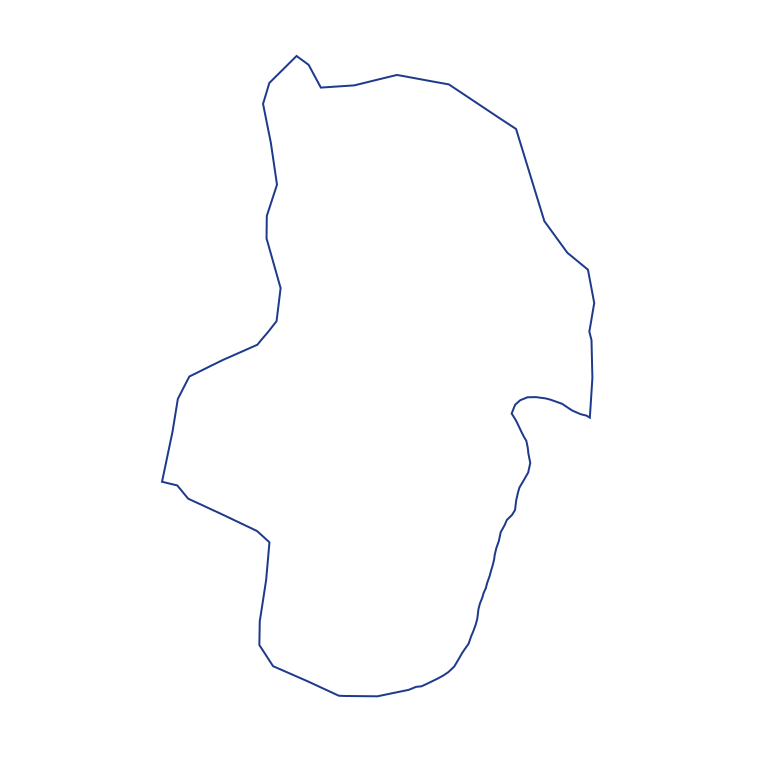 the district of Umu-Nneochi, Abia, Nigeria, rotated 277°
{"feature_id": "59680162B46179290363212", "entity_name": "Umu-Nneochi", "entity_type": "district", "adm_level": 2, "iso_a3": "NGA", "parent_name": "Nigeria", "parent_adm1": "Abia", "projection": "natural_earth1", "projection_center": [7.375, 5.963], "detail": "fine", "context": "isolated", "style": "outline", "palette": "blue", "viewbox_px": 768, "rotation_deg": 277, "n_neighbors": 0, "source": "geoboundaries", "source_scale": "gbopen_adm2", "svg_char_len": 1785}
<svg xmlns="http://www.w3.org/2000/svg" viewBox="0 0 768 768"><g transform="rotate(277 384 384)"><path d="M259.9,175.6L258.1,191.2L246.3,203.6L234.6,240.0L222.6,275.9L212.9,289.6L210.2,289.7L175.3,290.9L155.2,290.3L142.2,289.9L133.4,289.6L109.7,292.1L90.4,308.3L79.6,344.5L69.1,377.1L69.5,382.2L69.8,385.1L73.2,415.5L78.3,430.5L82.1,441.8L83.5,445.9L87.3,452.7L88.5,458.0L91.7,463.2L98.1,473.1L101.9,478.4L105.8,482.9L112.2,488.2L119.3,491.3L126.4,494.3L130.9,496.6L136.7,499.7L136.9,499.7L139.4,500.2L144.4,501.3L149.6,502.8L156.7,504.4L162.5,505.2L172.2,505.2L178.0,506.0L183.9,507.6L189.0,508.4L193.5,509.9L199.4,510.7L203.9,511.7L206.5,512.3L212.3,513.1L216.8,513.9L223.3,514.7L227.8,514.7L234.9,515.5L242.0,517.1L247.6,517.6L251.1,517.9L258.8,521.0L264.0,522.5L269.8,527.1L274.9,529.4L284.7,529.4L292.4,530.2L297.6,531.0L304.7,534.1L313.7,537.9L323.4,538.8L328.0,537.3L332.5,535.8L338.4,534.4L344.9,532.2L348.8,529.2L353.3,526.2L357.9,523.3L363.8,519.5L365.3,518.3L370.3,514.3L379.4,516.7L384.5,521.2L388.3,528.0L389.5,536.3L389.4,546.1L388.7,551.3L386.0,563.3L383.3,568.6L380.7,573.8L378.0,582.8L377.3,588.8L375.7,592.4L415.5,590.1L452.8,584.6L461.1,581.4L464.4,581.6L490.0,582.8L522.3,572.5L536.6,550.0L565.4,523.1L565.9,523.0L653.2,484.0L662.3,465.5L689.3,411.8L689.4,409.0L689.5,408.2L689.5,407.5L690.4,391.7L691.5,373.6L691.6,371.7L691.9,367.2L692.3,359.1L685.1,340.0L676.8,318.2L670.5,285.2L691.6,270.3L698.9,257.2L668.8,233.5L652.4,230.7L647.3,229.8L609.6,242.3L568.8,253.5L536.5,247.2L514.0,249.7L509.4,251.7L503.2,254.3L467.5,269.3L466.7,269.7L433.3,269.7L429.3,267.3L421.5,262.6L412.6,256.7L407.5,253.5L403.9,247.4L388.2,221.1L380.9,209.9L367.7,189.9L363.2,188.2L344.1,181.2L310.8,179.9L274.2,176.8L259.9,175.6Z" fill="none" stroke="#1e3a8a" stroke-width="2"/></g></svg>